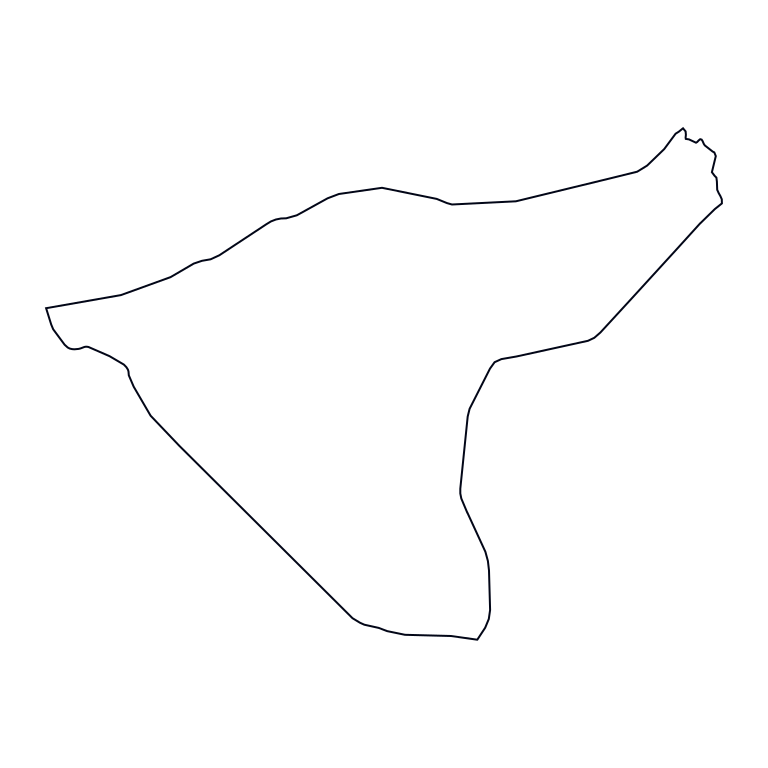 outline of Hasaka (Al Haksa)
{"feature_id": "SYR-141", "entity_name": "Hasaka (Al Haksa)", "entity_type": "Province", "adm_level": 1, "iso_a3": "SYR", "parent_name": "Syria", "parent_adm1": "", "projection": "orthographic", "projection_center": [41.143, 36.439], "detail": "fine", "context": "isolated", "style": "outline", "palette": "ink", "viewbox_px": 768, "rotation_deg": 0, "n_neighbors": 0, "source": "natural_earth", "source_scale": "10m", "svg_char_len": 1468}
<svg xmlns="http://www.w3.org/2000/svg" viewBox="0 0 768 768"><path d="M683.0,128.3L685.6,131.4L685.9,134.8L685.6,137.6L685.8,138.9L689.0,139.4L696.0,142.7L697.2,142.0L698.7,140.4L700.2,139.2L701.6,139.6L702.6,141.1L703.8,143.9L704.8,145.4L712.7,151.6L714.3,152.4L715.8,156.1L711.9,172.2L714.6,175.8L716.4,177.6L716.9,181.6L717.2,189.8L718.7,193.1L720.4,196.1L721.8,199.3L721.9,203.4L721.8,203.5L714.8,209.1L700.3,223.3L700.2,223.3L676.8,249.1L631.2,299.0L600.4,332.5L594.3,337.8L588.0,340.8L516.4,356.5L501.4,359.1L494.6,362.2L490.0,368.6L469.6,408.8L467.7,416.5L460.3,488.7L460.3,493.5L461.3,498.5L467.2,512.5L467.3,512.5L485.4,551.8L487.9,561.0L489.0,570.5L490.1,610.0L488.8,619.0L485.2,627.7L477.3,639.7L477.2,639.7L451.0,636.0L405.0,634.8L387.1,631.1L378.7,627.9L364.3,624.7L359.9,622.7L352.5,618.2L179.2,445.7L150.6,415.7L133.7,386.7L128.8,375.3L128.5,371.6L128.2,370.5L127.9,369.6L126.4,367.2L123.9,364.6L109.6,356.2L88.5,347.0L87.4,346.8L86.3,346.7L85.2,346.8L84.3,347.0L80.6,348.4L78.7,348.9L74.4,349.3L72.0,349.1L69.6,348.5L67.7,347.5L64.6,344.7L53.2,329.3L51.2,324.5L46.1,308.2L120.9,295.1L170.6,277.1L193.7,263.6L202.0,260.8L210.6,259.3L219.3,255.3L235.8,244.4L266.4,224.2L271.0,221.4L275.9,219.5L280.9,218.5L286.2,218.3L296.8,215.3L327.6,198.3L338.9,194.0L382.0,187.8L436.7,198.9L447.0,203.1L452.0,204.5L515.9,201.3L611.3,178.1L637.2,171.7L647.1,165.6L664.2,149.1L675.6,133.7L678.8,131.7L683.0,128.3Z" fill="none" stroke="#020617" stroke-width="2"/></svg>